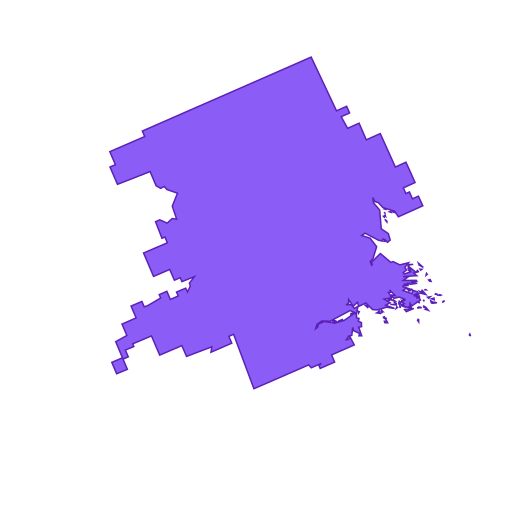 Derby-West Kimberley, Western Australia, Australia (Albers equal-area conic projection), rotated 156°
{"feature_id": "25037944B76695994650709", "entity_name": "Derby-West Kimberley", "entity_type": "district", "adm_level": 2, "iso_a3": "AUS", "parent_name": "Australia", "parent_adm1": "Western Australia", "projection": "albers", "projection_center": [123.97, -17.504], "detail": "fine", "context": "isolated", "style": "filled", "palette": "violet", "viewbox_px": 512, "rotation_deg": 156, "n_neighbors": 0, "source": "geoboundaries", "source_scale": "gbopen_adm2", "svg_char_len": 6213}
<svg xmlns="http://www.w3.org/2000/svg" viewBox="0 0 512 512"><g transform="rotate(156 256 256)"><path d="M124.7,415.3L309.0,416.4L309.1,410.4L347.1,410.8L347.3,396.6L353.2,396.7L353.4,377.8L318.4,376.2L318.7,360.8L315.6,356.6L311.5,356.8L310.4,353.0L302.2,345.3L312.2,335.6L313.5,321.9L317.3,324.3L323.8,322.2L329.2,328.2L333.8,328.2L334.7,310.4L331.5,310.4L331.6,304.1L357.5,304.5L357.9,279.0L340.3,278.8L340.4,267.1L334.0,267.0L334.1,262.7L320.7,262.2L327.9,258.3L328.2,255.3L333.2,251.0L333.3,255.2L343.3,255.4L343.3,251.1L351.9,251.2L351.8,260.0L360.1,260.1L360.2,256.4L375.3,254.7L378.8,255.1L378.7,260.9L390.5,261.1L390.7,248.2L406.1,248.3L406.3,235.9L419.0,234.8L419.4,217.3L431.0,217.5L431.2,205.1L419.6,204.8L419.4,215.9L413.7,215.8L413.6,223.2L404.4,223.0L404.4,225.9L384.0,225.5L384.3,204.6L360.2,204.3L360.3,192.5L333.3,191.0L336.3,186.4L313.6,186.2L313.5,193.6L308.3,193.6L311.9,135.6L252.2,135.1L251.0,131.4L240.1,131.3L243.0,130.3L243.1,127.2L227.3,127.1L227.2,134.9L202.4,134.8L203.0,144.0L205.2,142.1L207.5,142.8L203.8,145.2L200.8,144.5L196.7,151.4L197.2,148.1L192.9,143.1L194.4,141.2L191.9,140.1L191.1,149.2L188.3,148.5L186.8,152.3L189.0,155.0L187.3,157.0L189.2,158.4L188.0,162.0L189.3,163.6L201.6,161.3L211.0,162.6L220.3,168.4L226.9,168.4L228.4,166.0L231.1,165.3L228.2,168.8L222.3,169.9L215.0,166.3L192.2,167.9L187.4,162.6L183.5,168.5L187.5,168.2L188.6,172.6L193.6,174.9L190.7,174.9L189.1,178.5L187.6,170.6L182.1,172.5L182.6,168.2L174.7,168.4L171.4,159.7L167.2,157.4L157.6,156.1L150.7,151.7L157.6,158.3L152.5,158.7L156.6,164.6L153.1,163.7L148.7,159.2L151.2,163.1L148.8,162.4L150.6,164.0L148.7,163.2L149.9,168.8L147.4,168.0L147.7,170.7L145.0,163.3L148.1,165.2L147.3,161.2L141.9,160.2L137.6,156.0L137.8,155.2L140.4,155.1L140.9,155.9L140.9,154.4L142.0,156.0L140.0,152.2L143.3,152.5L141.9,151.6L139.9,148.5L134.7,145.2L136.7,147.4L134.7,147.2L135.5,148.3L134.6,150.1L134.0,147.0L123.7,148.9L124.0,151.8L126.9,152.2L124.0,152.2L128.1,155.9L124.9,154.6L126.7,156.1L122.9,156.0L123.0,157.6L126.7,160.8L128.9,158.2L135.8,164.7L131.7,165.6L131.3,164.0L129.1,163.5L134.3,168.2L131.9,169.9L129.1,168.8L128.5,169.4L127.4,169.0L126.7,167.4L119.8,165.5L125.4,169.2L119.3,167.6L119.5,168.6L131.5,173.8L125.5,175.0L130.1,177.4L117.1,172.6L118.9,176.2L113.3,175.5L116.7,176.5L120.0,182.9L120.5,180.3L122.4,180.8L121.2,178.6L128.0,179.3L128.3,180.9L124.0,182.1L124.8,185.0L119.4,187.8L128.2,189.4L133.1,195.2L135.4,195.3L141.4,207.7L153.1,203.2L153.2,200.9L154.1,200.5L153.9,204.5L150.1,206.1L142.0,215.4L144.5,225.9L151.1,231.7L147.1,232.5L137.7,220.6L134.9,218.5L133.1,219.9L131.5,218.3L130.3,215.0L126.9,216.0L126.0,222.6L130.5,229.9L124.3,247.7L127.0,256.5L125.5,262.0L125.2,257.2L122.7,255.3L120.4,248.7L111.1,240.5L110.0,233.9L83.2,234.0L83.3,244.6L89.8,244.6L89.8,252.1L93.7,252.1L93.7,258.3L80.8,258.4L80.8,273.3L80.9,280.7L92.5,280.6L92.7,317.3L108.0,317.3L107.8,335.4L120.4,335.4L121.5,348.6L112.3,348.6L112.3,355.9L123.4,355.9L124.7,415.3ZM133.2,143.9L142.0,146.7L141.3,144.0L133.2,143.9ZM116.5,151.7L118.3,157.7L118.9,154.9L121.5,155.7L116.5,151.7ZM107.8,177.5L110.5,183.4L110.7,181.4L107.8,177.5ZM115.8,184.4L120.3,186.2L121.7,183.8L119.8,185.6L115.8,184.4ZM149.7,155.5L153.0,157.2L147.0,153.8L149.7,155.5ZM163.0,143.6L165.3,144.2L165.4,142.6L162.9,141.4L163.0,143.6ZM176.7,167.3L175.4,164.6L174.7,162.8L174.8,165.4L176.7,167.3ZM121.4,139.6L123.5,142.6L122.9,141.1L124.0,141.2L121.4,139.6ZM122.2,234.5L123.4,237.1L122.6,233.8L122.2,234.5ZM143.5,156.5L144.9,154.7L144.9,153.5L144.6,152.8L142.5,154.5L143.5,156.5ZM165.7,155.5L166.4,155.5L166.3,155.0L168.8,154.9L166.3,153.2L165.7,155.5ZM164.9,148.1L163.0,145.2L162.4,146.1L164.9,148.1ZM129.9,142.9L125.6,141.4L127.9,143.2L129.9,142.9ZM204.4,162.3L202.3,162.9L207.6,163.0L204.4,162.3ZM120.7,136.3L121.4,138.9L123.1,138.6L120.7,136.3ZM212.4,165.5L212.3,163.9L209.9,164.5L210.6,165.2L212.4,165.5ZM146.6,155.2L148.8,157.7L148.6,156.8L146.6,155.2ZM108.1,163.9L107.5,162.2L106.4,161.6L106.5,163.7L108.1,163.9ZM121.0,157.2L120.8,156.1L119.8,155.6L119.4,155.6L121.0,157.2ZM110.5,145.2L113.1,145.5L111.0,143.5L110.5,145.2ZM114.6,144.0L114.9,141.8L113.9,141.0L113.2,142.0L114.6,144.0ZM149.2,151.1L147.6,151.5L148.0,152.4L149.2,151.1ZM105.4,146.6L107.2,148.5L107.7,148.1L105.4,146.6ZM140.1,148.1L141.6,151.0L142.8,151.0L140.1,148.1ZM108.5,169.2L107.0,169.6L107.3,170.8L108.5,169.2ZM127.3,162.4L128.9,162.6L126.8,161.2L127.3,162.4ZM120.6,146.2L120.9,148.0L121.0,146.9L120.6,146.2ZM115.6,147.3L113.5,147.9L116.1,148.6L115.6,147.3ZM131.8,218.0L133.3,217.6L132.3,216.9L131.8,218.0ZM121.2,181.4L121.1,183.5L122.1,182.8L121.2,181.4ZM111.8,240.6L113.4,240.9L111.6,239.3L111.8,240.6ZM210.2,164.0L210.9,163.0L209.4,163.5L210.2,164.0ZM93.2,97.1L92.5,95.6L92.4,97.7L93.2,97.1ZM134.2,129.6L133.3,131.6L133.6,132.2L134.6,131.6L134.2,129.6ZM190.9,164.4L192.6,164.9L193.4,163.4L190.9,164.4ZM125.7,146.4L125.8,147.5L126.5,147.9L125.7,146.4ZM104.7,137.6L101.9,138.4L103.2,138.6L104.7,137.6ZM109.9,176.4L111.5,177.3L111.3,176.1L109.9,176.4ZM130.7,162.8L130.5,161.8L128.5,161.4L130.7,162.8ZM128.5,167.0L130.5,168.4L131.9,168.5L131.6,168.0L128.5,167.0ZM114.4,155.9L114.7,156.4L116.0,156.6L114.4,155.9ZM115.1,242.0L116.1,242.1L115.0,241.1L115.1,242.0ZM110.5,140.5L112.8,141.7L112.2,141.0L110.5,140.5ZM123.0,153.0L125.3,154.2L122.7,152.5L123.0,153.0ZM144.8,151.9L145.1,151.7L145.4,149.9L144.6,151.1L144.8,151.9ZM138.0,155.6L139.1,156.7L139.6,156.2L138.0,155.6ZM127.8,168.1L128.5,169.2L128.9,168.7L127.8,168.1ZM147.2,158.1L148.8,160.5L148.1,158.4L147.2,158.1ZM162.9,154.1L163.3,155.4L163.9,155.0L162.9,154.1ZM151.9,161.4L153.9,162.4L151.5,160.8L151.9,161.4ZM121.3,240.9L122.0,240.9L121.5,239.8L121.3,240.9ZM118.4,246.4L119.3,246.5L117.9,245.2L118.4,246.4ZM120.5,242.5L121.2,243.9L120.5,242.1L120.5,242.5ZM122.7,155.1L124.3,155.9L124.7,154.9L122.7,155.1ZM113.2,140.7L109.6,139.7L110.4,140.1L112.5,140.7L113.2,140.7ZM105.0,145.8L103.6,145.0L102.9,145.0L103.9,146.0L105.0,145.8ZM115.2,177.3L114.6,176.8L113.7,177.0L115.2,177.3ZM185.3,162.3L184.3,163.1L184.9,163.7L185.3,162.3ZM122.5,239.7L123.3,240.1L123.0,239.2L122.5,239.7ZM162.9,148.2L164.1,148.3L163.8,147.8L162.9,148.2ZM164.2,153.9L164.7,153.1L163.3,153.3L164.2,153.9Z" fill="#8b5cf6" stroke="#5b21b6" stroke-width="1.5"/></g></svg>